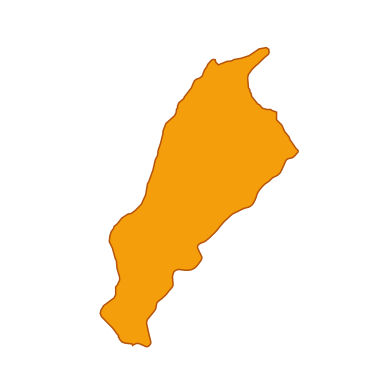 outline of El Jícaro, El Progreso, Guatemala, rotated 137°
{"feature_id": "79465075B65572825799154", "entity_name": "El Jícaro", "entity_type": "district", "adm_level": 2, "iso_a3": "GTM", "parent_name": "Guatemala", "parent_adm1": "El Progreso", "projection": "mercator", "projection_center": [-89.909, 14.889], "detail": "fine", "context": "isolated", "style": "filled", "palette": "amber", "viewbox_px": 384, "rotation_deg": 137, "n_neighbors": 0, "source": "geoboundaries", "source_scale": "gbopen_adm2", "svg_char_len": 3306}
<svg xmlns="http://www.w3.org/2000/svg" viewBox="0 0 384 384"><g transform="rotate(137 192 192)"><path d="M340.1,120.3L338.9,120.1L338.2,119.9L337.2,119.6L335.9,119.1L335.1,118.4L334.5,117.7L333.7,116.5L331.6,111.5L330.9,110.0L329.9,109.2L328.2,108.9L327.4,108.9L325.6,109.3L324.4,110.4L319.1,119.8L315.2,126.3L314.0,127.7L313.2,128.3L311.9,129.0L310.7,129.3L309.4,129.4L308.1,129.6L307.2,129.7L304.4,130.1L302.3,130.4L300.5,130.7L299.7,130.9L298.5,131.2L297.5,131.8L294.3,134.2L293.3,134.8L292.1,135.0L289.3,134.9L287.5,134.7L286.0,134.6L282.0,134.6L280.8,134.6L279.1,134.9L276.2,135.4L275.0,135.4L271.9,135.8L270.0,136.4L269.0,137.2L268.0,138.3L266.8,140.0L265.4,141.7L264.4,142.9L263.8,143.6L262.5,144.5L261.5,145.1L260.1,145.8L258.9,146.0L257.9,145.9L256.4,145.5L254.9,144.7L253.9,143.7L251.5,140.8L250.5,139.6L249.3,138.5L247.7,137.1L246.5,136.2L245.4,135.6L244.0,135.1L242.0,134.6L239.9,134.6L238.5,134.6L235.9,135.1L234.2,135.4L232.2,135.8L230.6,136.5L229.2,137.6L228.9,138.4L226.9,144.8L226.1,147.1L225.4,148.1L224.7,148.7L223.6,149.0L222.0,149.0L220.7,148.7L219.7,148.3L218.1,147.6L215.9,147.0L214.6,146.8L213.7,146.8L212.4,146.7L210.5,146.6L208.4,146.6L206.2,146.7L204.1,146.7L202.2,146.8L199.6,147.0L198.4,147.2L195.7,147.6L192.9,148.0L190.9,148.2L188.9,148.4L187.4,148.4L186.2,148.4L182.1,148.4L179.3,148.4L177.9,148.3L176.8,148.2L175.5,147.7L173.6,147.2L172.2,146.7L168.7,145.7L167.3,145.3L166.0,144.8L165.0,144.5L163.3,143.6L161.9,142.8L160.8,142.2L159.5,141.9L158.1,141.7L157.2,141.7L156.2,141.7L154.3,142.1L151.5,143.1L150.0,143.8L148.5,144.5L146.9,145.5L145.4,146.3L142.8,147.1L141.2,147.5L137.2,148.0L135.0,148.1L133.3,148.1L131.5,147.9L130.0,147.6L128.5,147.4L127.2,147.4L125.2,147.5L123.5,147.4L121.1,146.9L120.1,146.5L118.8,146.1L117.9,145.9L117.0,145.8L115.4,145.9L114.4,145.9L113.3,146.3L112.1,146.8L111.2,147.0L107.4,148.6L103.3,150.4L102.0,150.9L100.5,151.1L99.4,150.9L97.8,150.2L96.5,149.3L95.8,149.0L94.6,148.5L93.3,148.4L91.9,148.4L91.0,148.5L89.9,148.6L88.9,148.8L87.5,148.8L86.4,149.5L86.1,150.6L86.2,151.7L86.3,152.5L84.7,163.3L83.5,166.1L83.0,173.1L80.7,179.6L80.9,187.2L75.7,192.7L78.1,197.4L78.1,198.7L79.2,199.5L81.0,201.4L83.3,205.1L83.2,209.9L83.9,211.4L83.2,221.1L81.5,223.9L81.2,226.0L80.0,227.3L79.8,229.5L73.4,237.6L70.6,239.5L64.6,240.7L59.0,240.9L56.9,240.7L47.3,240.9L42.5,240.6L40.5,241.4L38.5,244.1L39.2,246.9L45.3,250.9L57.1,252.7L64.9,256.3L70.9,260.2L74.1,261.1L77.4,263.7L86.0,267.0L86.1,270.5L84.8,273.1L86.2,274.6L87.8,275.1L93.4,274.6L95.8,273.5L99.5,272.8L105.6,269.8L108.6,270.1L112.2,271.6L114.8,271.6L121.4,268.6L133.0,266.7L134.0,266.0L140.9,266.2L143.9,264.8L145.4,263.2L146.7,263.2L149.7,260.7L152.6,259.7L164.3,259.9L171.7,256.3L173.6,254.4L181.4,249.3L188.5,245.4L192.5,242.1L196.8,240.6L205.7,234.6L216.3,229.2L218.9,228.4L227.7,221.6L237.5,217.5L246.2,217.2L251.4,217.8L253.7,219.5L261.0,220.8L268.3,219.7L272.6,219.9L273.7,219.0L278.3,218.0L282.0,215.9L286.3,212.2L288.5,205.2L293.7,195.3L293.8,194.0L295.2,192.0L299.0,187.2L302.9,179.3L304.9,177.0L310.0,174.9L312.6,174.6L317.8,169.0L321.2,167.7L334.2,169.1L339.1,167.7L341.9,165.8L343.2,162.5L342.8,146.6L343.7,138.5L343.6,137.3L344.8,136.1L344.7,134.8L345.4,134.0L345.5,130.1L344.0,127.1L340.2,122.6L339.4,121.7L340.1,120.3Z" fill="#f59e0b" stroke="#b45309" stroke-width="1.5"/></g></svg>